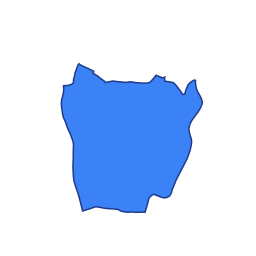 Ba Tri, Bến Tre, Vietnam, rotated 58°
{"feature_id": "81297802B69586170313052", "entity_name": "Ba Tri", "entity_type": "district", "adm_level": 2, "iso_a3": "VNM", "parent_name": "Vietnam", "parent_adm1": "Bến Tre", "projection": "orthographic", "projection_center": [106.572, 10.071], "detail": "fine", "context": "isolated", "style": "filled", "palette": "blue", "viewbox_px": 256, "rotation_deg": 58, "n_neighbors": 0, "source": "geoboundaries", "source_scale": "gbopen_adm2", "svg_char_len": 4311}
<svg xmlns="http://www.w3.org/2000/svg" viewBox="0 0 256 256"><g transform="rotate(58 128 128)"><path d="M208.5,158.3L208.2,157.9L203.8,152.9L201.0,149.8L200.4,149.3L199.4,148.3L198.4,146.7L197.7,143.9L197.7,142.9L197.7,142.2L198.1,141.1L200.2,139.5L203.3,137.2L205.1,135.8L205.8,135.0L206.7,133.9L207.3,132.6L207.4,132.4L207.7,130.2L207.6,128.7L207.0,127.2L206.0,125.6L203.0,122.3L202.6,121.7L202.2,121.0L201.7,120.3L201.1,119.6L200.6,118.8L200.1,118.2L199.7,117.5L198.9,116.6L198.7,116.4L197.0,113.7L185.7,94.7L185.5,94.4L184.1,92.6L182.8,90.8L181.7,89.5L181.1,88.7L179.7,87.0L178.0,85.4L176.8,84.1L176.3,83.7L175.0,82.5L174.0,81.8L172.6,80.9L171.3,80.3L170.3,80.0L168.7,79.6L165.8,78.8L163.9,78.2L162.5,77.6L161.5,77.1L160.7,76.6L159.4,75.4L158.0,73.8L157.3,73.0L156.8,72.2L156.1,71.0L155.6,70.1L155.0,69.0L154.1,66.7L153.9,66.2L151.4,59.8L150.9,58.9L150.2,57.4L149.6,56.3L148.6,54.8L147.8,53.7L147.0,52.5L146.1,51.7L144.5,50.9L142.4,50.3L140.1,50.0L136.9,49.8L134.0,49.8L131.5,49.2L129.4,48.6L127.7,47.9L126.3,47.3L124.9,46.5L123.3,45.5L122.5,46.5L122.3,46.7L122.3,47.6L122.3,48.8L122.4,50.7L122.6,52.0L122.9,53.0L123.1,53.7L123.5,54.6L125.0,56.7L125.8,57.9L126.2,58.5L126.7,59.1L127.4,59.8L127.6,60.1L128.2,60.7L128.9,61.3L129.1,61.5L129.4,61.6L129.3,61.9L129.2,62.2L129.1,62.5L128.9,63.0L128.8,63.3L128.8,63.5L128.7,63.6L128.7,63.8L128.4,63.9L128.0,63.9L127.5,63.8L126.9,63.8L126.5,63.8L126.4,63.8L126.1,63.9L125.6,63.9L124.7,64.0L124.3,64.0L123.0,64.1L122.2,64.2L120.4,64.3L118.4,64.5L117.3,64.6L117.2,64.6L114.5,65.3L113.8,65.5L113.6,65.5L113.3,65.8L112.4,66.7L112.1,67.1L111.1,68.2L110.6,68.8L109.8,69.6L109.1,70.4L107.6,72.1L106.9,71.6L106.0,71.1L105.4,70.7L105.1,70.6L104.7,70.1L104.5,69.9L104.4,69.8L104.3,70.5L104.2,70.8L104.0,71.5L103.6,72.2L103.4,72.5L103.1,72.7L102.6,72.9L102.1,73.4L101.5,73.8L100.7,74.4L100.2,74.6L99.8,74.9L99.8,75.1L99.7,75.4L99.3,75.7L99.0,76.0L98.8,76.3L98.7,76.6L98.3,76.4L100.4,83.2L100.9,84.8L100.1,87.8L99.6,88.7L98.2,91.0L93.9,97.1L93.0,98.0L89.9,101.7L89.1,103.7L88.8,104.5L88.2,105.4L87.4,106.8L87.0,107.3L86.8,107.6L85.7,108.9L84.5,110.4L84.3,110.8L83.7,111.5L82.5,113.1L80.2,115.8L80.1,116.2L79.8,116.8L79.4,117.8L79.2,118.4L78.9,119.1L78.7,119.5L78.6,120.0L78.3,120.8L78.1,121.3L78.0,121.6L77.9,122.0L77.7,122.5L77.3,123.0L77.0,123.2L76.8,123.3L76.6,123.2L76.4,123.1L76.2,123.0L75.5,123.3L74.2,123.9L73.7,124.1L72.3,124.6L71.7,124.7L71.7,124.9L71.7,125.0L71.4,125.2L71.2,125.2L70.8,125.4L69.8,125.6L69.7,125.6L69.2,125.6L68.9,125.7L68.8,125.8L68.2,126.0L67.6,126.4L67.2,126.6L66.8,126.8L65.7,127.3L64.8,127.8L64.4,128.0L63.6,128.5L63.3,128.7L63.1,128.8L62.8,128.4L62.3,127.7L61.8,127.1L61.7,127.0L59.9,128.1L58.7,128.9L58.4,129.1L58.1,129.2L57.7,129.5L56.8,130.0L55.6,130.8L55.2,131.1L54.6,131.5L52.3,133.1L51.9,133.3L50.5,134.2L49.9,134.5L48.9,135.0L48.4,135.2L48.1,135.4L47.5,135.6L47.9,136.5L48.1,137.0L49.0,138.2L49.9,139.5L50.9,140.6L51.8,141.8L52.0,141.9L52.0,142.0L52.5,142.8L52.9,143.3L53.9,144.4L54.5,144.9L55.5,145.7L56.0,146.2L56.6,147.0L57.9,148.4L58.8,149.1L59.9,149.7L60.4,150.0L60.6,150.3L60.8,150.6L60.8,151.0L61.0,152.8L60.9,153.1L60.8,154.0L60.5,154.9L60.1,156.1L59.5,157.4L58.6,159.1L58.0,160.3L59.8,161.2L60.8,161.9L61.3,162.1L61.9,162.5L62.6,163.0L63.6,163.9L64.7,164.9L66.4,166.6L66.7,166.9L68.9,169.3L71.6,171.4L76.2,173.8L81.7,176.1L84.8,177.2L87.3,177.5L89.4,177.8L90.7,178.0L92.7,178.6L95.1,179.1L97.9,179.6L100.3,179.8L102.3,180.1L104.9,180.6L107.9,181.2L109.5,181.7L110.6,181.9L111.7,182.4L112.8,182.8L114.9,184.2L120.7,188.0L125.2,190.8L129.8,194.0L132.8,195.9L134.6,196.9L137.0,198.2L140.6,200.2L143.3,201.5L145.7,202.3L149.0,203.2L151.9,203.9L153.4,204.2L153.8,204.3L154.3,204.4L155.0,204.6L155.5,204.7L156.0,204.8L156.6,204.9L157.0,205.0L157.6,205.2L158.1,205.4L158.5,205.5L159.0,205.7L159.7,205.8L160.2,206.0L160.8,206.1L161.3,206.3L161.8,206.4L162.2,206.6L162.6,206.7L163.2,206.9L163.8,207.1L164.3,207.2L164.8,207.4L165.3,207.6L165.8,207.7L166.3,207.9L166.9,208.1L167.5,208.3L168.3,208.5L168.8,208.7L170.0,209.0L171.2,209.5L172.5,209.9L173.2,210.1L173.7,210.3L174.3,210.5L176.4,202.5L177.6,197.2L179.6,194.7L182.9,191.2L185.0,188.7L187.4,185.4L188.7,183.5L191.4,179.9L195.0,177.8L196.5,176.2L198.8,173.6L201.7,168.5L203.7,166.0L206.5,161.1L208.3,158.5L208.5,158.3Z" fill="#3b82f6" stroke="#1e3a8a" stroke-width="1.5"/></g></svg>